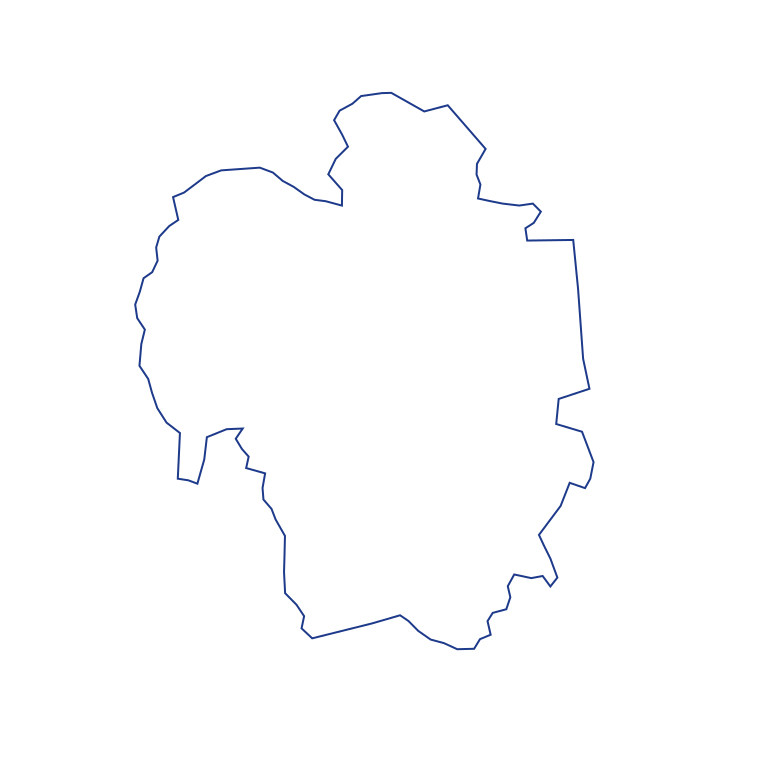 São João do Oeste, Santa Catarina, Brazil (orthographic projection), rotated 161°
{"feature_id": "56859067B45941896173238", "entity_name": "São João do Oeste", "entity_type": "district", "adm_level": 2, "iso_a3": "BRA", "parent_name": "Brazil", "parent_adm1": "Santa Catarina", "projection": "orthographic", "projection_center": [-53.586, -27.087], "detail": "fine", "context": "isolated", "style": "outline", "palette": "blue", "viewbox_px": 768, "rotation_deg": 161, "n_neighbors": 0, "source": "geoboundaries", "source_scale": "gbopen_adm2", "svg_char_len": 1570}
<svg xmlns="http://www.w3.org/2000/svg" viewBox="0 0 768 768"><g transform="rotate(161 384 384)"><path d="M401.1,109.4L385.0,104.3L376.3,111.5L364.8,112.2L363.3,126.1L355.7,132.2L341.7,131.2L334.0,141.2L332.8,152.5L322.9,161.5L307.9,152.5L296.5,150.8L292.6,138.4L283.1,144.5L283.5,164.7L285.4,179.3L286.6,190.9L256.7,211.2L240.6,230.1L227.8,220.1L219.8,227.3L211.3,241.9L212.3,274.4L234.2,290.1L223.7,313.0L191.3,312.6L187.5,343.1L169.5,410.9L158.2,458.6L201.9,473.0L199.6,485.2L189.9,487.6L179.6,495.9L184.5,506.1L198.0,508.7L213.0,515.9L225.0,522.9L234.7,528.8L227.9,541.2L228.3,551.9L224.4,561.9L211.4,573.2L233.0,626.8L257.2,628.6L282.3,656.9L291.2,659.7L311.9,663.7L322.6,659.3L337.0,656.9L345.3,649.7L342.4,633.4L340.8,620.1L356.3,612.6L368.4,600.4L360.4,581.0L365.7,566.4L379.6,575.8L389.7,580.8L397.7,589.3L405.2,599.8L413.6,608.9L420.2,620.1L431.0,629.0L468.4,639.0L484.7,638.6L498.7,634.0L510.7,630.1L522.6,629.4L525.1,606.1L535.6,603.3L548.4,596.5L555.0,587.2L557.9,574.3L566.8,565.2L576.9,562.3L584.8,550.8L593.4,540.1L595.9,526.6L592.4,513.3L600.4,500.9L609.3,480.8L605.3,465.6L606.2,451.2L606.2,435.0L602.2,418.3L592.9,404.1L609.8,361.6L600.3,356.6L592.9,350.5L578.5,371.2L568.8,391.4L547.5,392.5L532.1,387.9L542.0,380.5L539.5,368.8L535.6,359.4L541.7,349.4L525.5,338.2L532.7,325.2L535.6,314.0L531.0,302.5L530.6,291.2L527.1,272.6L533.7,254.8L539.8,238.6L545.6,218.4L538.6,203.8L535.1,190.5L541.5,179.8L534.7,166.9L473.0,161.5L444.1,160.1L438.0,151.9L432.0,139.4L423.1,127.2L411.6,119.4L401.1,109.4Z" fill="none" stroke="#1e3a8a" stroke-width="2"/></g></svg>